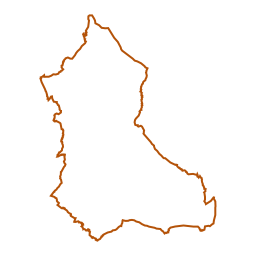 Nes nor, Akershus, Norway (Mercator projection)
{"feature_id": "86288312B33939315722531", "entity_name": "Nes nor", "entity_type": "district", "adm_level": 2, "iso_a3": "NOR", "parent_name": "Norway", "parent_adm1": "Akershus", "projection": "mercator", "projection_center": [11.47, 60.171], "detail": "fine", "context": "isolated", "style": "outline", "palette": "amber", "viewbox_px": 256, "rotation_deg": 0, "n_neighbors": 0, "source": "geoboundaries", "source_scale": "gbopen_adm2", "svg_char_len": 5701}
<svg xmlns="http://www.w3.org/2000/svg" viewBox="0 0 256 256"><path d="M215.3,201.4L213.8,198.6L214.0,197.5L213.6,197.4L210.9,200.9L205.9,204.1L205.6,203.1L204.3,201.2L205.0,199.7L205.0,196.8L204.4,192.8L204.1,192.4L205.4,191.2L205.3,190.0L205.6,189.1L204.2,188.8L204.3,187.8L203.9,187.3L203.8,186.3L202.8,185.4L202.7,184.6L202.9,184.3L202.1,182.2L201.8,180.5L202.0,179.8L201.6,178.5L201.7,178.2L201.0,177.8L200.1,176.4L200.0,176.7L199.3,176.5L198.7,177.5L198.3,176.9L197.5,176.7L197.3,176.2L197.5,175.3L197.3,175.1L197.5,174.7L197.3,174.2L197.0,175.0L193.1,173.9L188.5,174.3L187.4,173.6L186.8,172.2L186.1,172.0L186.1,171.6L185.2,170.6L184.3,170.3L182.4,170.7L182.1,170.2L181.9,169.4L181.5,169.1L180.8,169.3L179.6,168.3L179.7,167.9L179.5,167.7L178.7,167.8L177.3,166.4L177.0,165.6L177.1,164.9L175.9,164.6L175.4,164.9L170.4,162.5L165.2,158.2L163.9,158.2L163.1,157.6L161.4,155.6L159.3,153.8L157.2,150.9L155.0,149.0L154.1,146.7L154.0,145.6L151.9,143.9L150.8,142.1L144.1,134.4L143.5,133.6L143.8,133.0L143.8,131.9L144.1,130.4L142.0,126.6L140.8,125.8L138.5,126.6L137.9,126.3L137.7,125.9L137.7,125.2L136.7,125.3L135.3,124.9L134.6,122.3L135.0,120.1L135.8,118.7L138.7,115.6L140.0,112.3L139.5,111.6L139.7,111.2L140.7,110.0L141.4,109.9L141.2,108.6L141.9,107.3L141.7,105.5L142.3,105.3L142.1,104.1L141.8,103.7L142.2,103.4L141.5,100.9L141.6,100.2L141.4,99.9L141.9,99.5L141.8,98.3L142.3,97.4L141.8,97.0L142.2,96.4L141.9,96.1L142.2,95.6L141.3,95.0L141.7,94.3L141.4,93.4L141.8,92.9L141.3,92.5L141.1,91.6L140.7,91.5L141.0,91.2L140.9,90.8L141.2,90.0L140.9,89.8L141.2,89.4L140.8,88.7L141.1,87.7L141.0,86.9L141.4,86.5L141.5,85.8L142.1,84.2L142.9,83.7L143.1,82.2L144.1,81.1L145.3,80.3L145.5,79.3L146.5,77.2L146.8,75.5L146.0,72.4L146.4,71.9L146.4,70.8L147.5,68.3L145.4,67.4L144.6,66.2L141.1,63.3L137.3,61.4L134.7,60.6L132.8,58.7L122.1,50.6L121.1,49.1L120.7,47.4L117.8,41.9L114.2,37.8L108.2,28.1L105.3,28.3L101.6,27.8L99.1,25.2L95.4,23.3L95.0,20.6L94.0,18.5L92.1,15.4L89.5,15.4L88.4,16.3L88.3,19.2L89.0,20.5L88.2,26.9L85.9,30.7L86.5,32.3L85.7,32.6L86.0,33.1L85.9,33.5L86.4,34.0L86.4,35.2L86.0,35.4L86.1,35.1L85.7,34.7L84.6,34.7L83.5,33.7L83.1,34.3L83.7,35.6L83.8,36.4L84.3,37.2L84.6,39.1L85.0,39.2L84.8,39.6L85.0,41.1L85.9,41.5L85.1,43.2L81.8,46.1L80.1,48.9L77.6,51.2L76.1,53.1L75.0,55.2L72.2,58.7L70.2,58.6L67.9,57.5L65.6,58.3L65.3,59.0L64.3,59.7L63.8,61.4L63.3,61.3L62.9,62.2L63.1,62.7L62.9,63.3L63.0,63.5L62.7,64.5L62.5,64.8L62.5,65.4L61.6,65.7L61.7,66.3L61.5,67.1L62.4,68.6L63.2,69.3L62.0,70.6L61.4,70.7L60.5,71.4L60.5,71.8L59.1,72.2L58.4,73.7L55.8,74.5L53.3,74.3L51.3,75.7L48.8,76.7L44.2,76.8L44.1,75.3L42.2,76.8L40.8,77.3L41.1,78.4L40.5,78.6L41.6,82.1L45.1,89.4L45.6,91.1L46.0,91.4L47.0,94.6L46.9,94.9L47.2,95.8L47.1,96.5L47.7,97.0L47.9,97.9L47.6,98.8L48.3,98.9L48.5,100.1L49.4,99.2L51.0,96.6L52.0,96.4L52.2,98.4L53.8,101.7L56.8,102.1L56.6,103.0L57.4,103.7L57.8,104.9L58.8,105.4L59.6,108.4L59.6,109.6L60.5,110.8L61.0,110.9L60.9,112.5L58.6,114.2L56.7,113.5L55.3,114.1L55.2,114.5L54.3,115.3L54.7,116.3L54.6,118.0L54.2,118.4L54.3,119.0L53.8,119.5L54.0,120.0L53.6,120.5L54.5,121.4L55.9,121.0L55.9,121.3L56.7,121.2L59.8,122.8L60.5,123.5L61.6,129.2L62.7,129.3L63.3,130.3L63.1,130.6L63.3,132.0L62.8,133.4L63.4,134.2L63.1,135.0L63.2,135.5L62.9,135.6L63.0,136.0L62.7,136.4L62.9,137.1L62.3,137.7L62.4,138.2L62.0,138.4L62.1,139.1L61.6,139.3L61.4,139.9L61.5,140.4L61.2,140.8L61.2,141.5L62.1,141.7L62.3,142.3L62.2,143.7L62.8,144.8L63.0,146.9L62.1,148.6L61.9,150.4L59.8,152.3L59.1,152.4L58.9,152.9L59.1,153.0L58.6,153.4L58.2,154.5L57.5,154.9L57.4,156.4L57.3,156.6L58.1,156.5L61.2,154.7L61.4,155.0L62.3,154.8L62.2,154.6L62.4,154.5L62.9,154.8L63.7,154.4L64.9,154.6L64.7,155.9L64.4,156.1L64.6,158.2L64.9,159.2L64.6,160.3L63.9,161.5L64.5,163.1L65.5,164.3L65.0,165.8L64.0,166.9L61.3,171.9L60.9,172.0L60.8,174.8L60.1,176.5L60.4,177.6L60.1,178.4L61.0,179.6L61.7,182.9L60.4,184.1L58.8,186.8L57.5,187.9L56.4,189.6L54.8,190.7L54.4,191.8L53.9,191.8L50.9,195.8L53.8,196.7L54.8,197.2L55.4,198.0L56.4,198.2L56.9,199.7L56.9,200.9L57.2,201.5L58.9,203.0L58.3,204.2L57.5,205.0L61.6,208.2L62.4,208.3L62.9,207.8L63.4,208.3L63.9,207.9L64.8,208.4L64.7,209.0L64.9,209.2L66.8,210.4L67.8,211.8L67.8,212.1L69.7,213.5L70.8,213.8L71.0,214.7L70.6,215.5L70.8,215.9L74.6,218.2L75.5,218.2L74.2,221.8L75.1,222.0L78.3,221.3L78.8,221.7L79.0,222.4L79.8,222.2L80.4,222.7L81.7,222.7L82.4,223.4L82.1,223.5L82.3,223.8L81.9,223.7L82.3,224.0L82.0,224.1L82.3,224.5L82.0,224.8L82.2,225.3L81.9,225.3L82.4,225.5L81.5,226.4L82.4,227.0L82.7,227.9L83.5,228.7L83.4,229.2L84.0,229.0L85.0,229.4L86.1,230.5L86.5,230.2L87.2,230.4L88.1,229.2L88.9,229.6L88.7,229.8L89.0,230.5L89.6,231.1L89.3,231.3L89.6,231.5L89.4,231.7L89.9,232.5L89.6,233.7L89.6,235.2L91.7,236.8L91.7,237.5L91.9,237.6L92.2,237.8L92.5,237.2L93.0,237.1L94.2,238.1L95.6,238.5L95.7,239.3L96.1,239.0L97.0,240.1L96.9,240.4L97.5,240.6L98.3,239.8L100.0,239.0L100.7,238.1L101.5,236.4L102.2,236.5L102.6,235.5L103.0,235.4L102.9,235.1L103.5,234.6L107.7,232.5L111.5,231.6L112.7,230.4L115.2,230.0L116.5,229.3L118.8,226.9L120.7,225.8L121.3,226.0L121.6,224.3L122.3,223.0L122.5,220.7L122.7,220.2L125.4,220.9L128.2,220.8L129.5,220.2L131.9,219.9L134.3,220.3L136.2,221.5L139.3,222.3L141.9,224.1L144.8,225.5L147.1,225.8L148.9,226.6L154.7,227.8L156.5,228.6L160.4,229.0L161.8,230.6L163.0,231.3L164.6,233.5L165.7,232.7L166.7,233.0L167.5,232.1L168.3,232.3L168.4,231.7L168.1,231.3L168.9,230.4L168.6,229.4L170.5,227.6L175.2,226.5L183.5,225.5L193.4,226.6L197.9,226.6L199.3,228.0L199.8,229.4L200.5,229.6L200.3,230.3L200.5,230.7L201.5,230.8L202.4,230.2L202.6,230.5L204.4,229.7L205.0,226.4L208.5,225.8L209.9,226.2L212.1,224.3L213.5,223.5L213.9,220.5L215.3,215.1L215.3,207.6L215.5,206.3L215.3,201.4Z" fill="none" stroke="#b45309" stroke-width="2"/></svg>